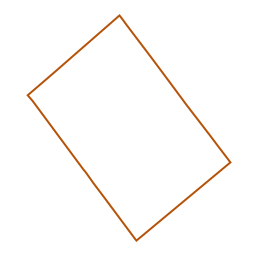 Susquehanna, Pennsylvania, United States of America (Robinson projection), rotated 53°
{"feature_id": "52423323B76378871638878", "entity_name": "Susquehanna", "entity_type": "district", "adm_level": 2, "iso_a3": "USA", "parent_name": "United States of America", "parent_adm1": "Pennsylvania", "projection": "robinson", "projection_center": [-75.847, 41.82], "detail": "fine", "context": "isolated", "style": "outline", "palette": "amber", "viewbox_px": 256, "rotation_deg": 53, "n_neighbors": 0, "source": "geoboundaries", "source_scale": "gbopen_adm2", "svg_char_len": 450}
<svg xmlns="http://www.w3.org/2000/svg" viewBox="0 0 256 256"><g transform="rotate(53 128 128)"><path d="M151.3,188.8L170.2,188.8L221.1,189.1L223.0,189.0L217.1,66.9L216.9,66.9L197.6,67.0L181.7,67.0L145.1,67.4L136.4,67.3L109.4,67.1L85.0,67.0L78.9,67.0L78.1,67.0L56.7,67.1L44.0,67.1L39.0,67.0L37.0,67.0L33.0,67.1L39.4,155.9L41.3,185.5L41.5,188.4L48.9,187.9L133.9,188.6L138.0,188.4L151.3,188.8Z" fill="none" stroke="#b45309" stroke-width="2"/></g></svg>